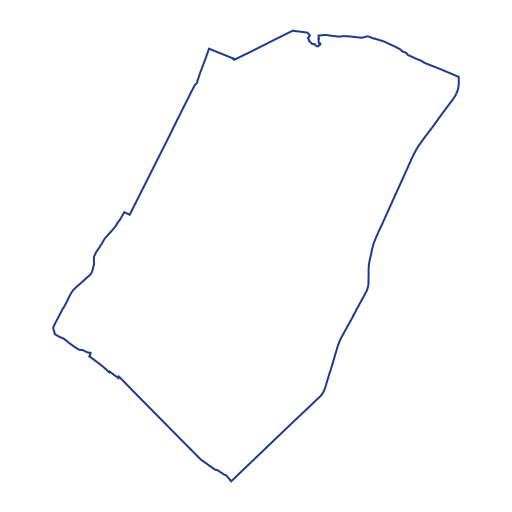 outline of Hillegom, Zuid-Holland, Netherlands
{"feature_id": "6326949B57976108434899", "entity_name": "Hillegom", "entity_type": "district", "adm_level": 2, "iso_a3": "NLD", "parent_name": "Netherlands", "parent_adm1": "Zuid-Holland", "projection": "mercator", "projection_center": [4.578, 52.295], "detail": "fine", "context": "isolated", "style": "outline", "palette": "blue", "viewbox_px": 512, "rotation_deg": 0, "n_neighbors": 0, "source": "geoboundaries", "source_scale": "gbopen_adm2", "svg_char_len": 5641}
<svg xmlns="http://www.w3.org/2000/svg" viewBox="0 0 512 512"><path d="M178.4,117.7L177.7,118.9L169.3,136.0L129.7,214.7L124.3,212.2L119.7,220.1L118.7,221.3L117.8,222.6L117.4,223.1L116.8,224.3L116.7,224.2L115.7,226.1L115.4,226.5L115.1,226.9L114.7,227.3L113.4,228.9L111.4,231.2L108.5,234.3L105.4,237.8L104.8,238.5L104.3,239.2L103.4,240.8L101.9,243.5L100.1,246.2L99.9,246.8L99.3,247.6L97.0,250.9L96.6,251.5L96.0,252.4L95.7,253.0L95.0,254.6L94.7,255.2L94.4,255.6L94.2,256.3L94.0,257.1L93.9,258.0L93.8,258.5L93.8,258.8L93.9,259.2L93.9,261.3L93.9,262.0L94.1,262.7L94.1,263.5L94.0,264.3L93.9,265.0L93.6,265.8L93.2,267.1L92.9,268.3L92.7,269.5L92.4,270.7L92.3,270.9L92.0,271.7L91.8,272.4L91.4,273.1L90.9,273.9L89.8,275.0L89.1,275.9L88.0,276.7L86.8,277.6L86.1,278.3L85.5,278.9L82.3,281.9L79.5,284.3L78.6,284.9L77.9,285.6L74.0,289.3L72.8,290.6L71.7,292.3L70.0,295.1L69.0,297.1L67.3,300.7L66.5,302.3L64.0,307.0L63.6,307.6L63.3,308.0L62.5,309.2L61.3,311.6L60.6,312.9L58.9,316.1L57.3,319.2L56.2,321.2L54.9,323.8L53.4,327.1L53.2,327.6L53.2,327.9L53.2,328.1L53.2,328.4L53.6,329.6L54.0,330.8L54.2,331.9L54.5,332.1L54.7,334.1L57.3,335.6L58.4,336.3L59.5,336.9L61.9,337.9L62.5,338.1L63.5,338.6L65.0,339.6L65.4,339.9L69.1,343.0L73.0,345.8L75.0,347.2L76.0,347.8L78.4,349.4L79.0,349.7L79.4,349.8L79.5,349.8L80.4,349.9L81.9,350.0L82.5,350.1L83.6,350.5L83.8,350.5L84.9,351.2L85.8,351.6L86.4,351.9L87.5,352.3L88.5,352.6L89.1,352.7L89.6,352.8L89.9,352.8L90.4,352.7L90.6,352.8L90.2,354.8L90.0,355.3L89.3,356.3L91.2,357.7L94.6,360.2L95.9,361.2L98.0,362.8L99.3,363.7L101.1,365.2L103.2,366.8L104.5,367.9L104.5,368.1L106.3,369.6L106.7,370.0L107.8,371.1L109.3,372.4L109.7,371.6L110.9,372.5L118.4,378.1L118.9,376.6L120.5,378.2L124.6,382.3L135.0,393.0L158.1,416.4L165.8,424.2L181.0,439.6L198.3,457.0L200.3,459.0L201.0,459.6L201.5,460.1L202.5,460.8L203.7,461.6L209.4,465.7L214.8,469.5L215.5,469.8L215.9,469.9L216.2,470.0L217.3,470.1L217.5,470.2L217.8,470.4L218.1,470.5L218.4,470.8L219.6,471.6L224.2,474.6L225.4,475.0L225.9,475.2L226.1,475.3L226.5,475.7L227.0,476.3L227.4,476.8L227.9,477.4L228.4,477.9L231.2,481.3L259.9,453.8L297.3,418.0L298.1,417.3L298.5,416.9L301.1,414.5L301.5,414.0L302.2,413.4L303.8,412.0L304.6,411.2L306.4,409.5L306.7,409.3L307.2,408.8L307.8,408.2L308.7,407.4L309.6,406.5L310.5,405.6L311.5,404.7L314.1,402.1L314.8,401.4L315.5,400.8L316.4,399.9L316.9,399.5L317.5,398.9L318.0,398.4L319.0,397.6L319.7,396.9L320.0,396.7L320.3,396.3L320.9,395.6L321.1,395.3L321.3,395.0L321.6,394.7L321.8,394.4L322.1,394.0L322.5,393.4L322.8,393.0L322.9,392.8L323.8,391.1L324.1,390.5L324.2,390.2L324.3,390.0L325.0,388.3L325.2,387.9L325.3,387.5L325.5,386.7L325.7,386.0L326.2,384.3L326.7,382.4L327.0,381.6L327.5,379.8L328.1,378.0L328.3,377.2L328.7,375.9L329.1,374.7L329.2,374.2L329.4,373.6L329.5,373.2L329.7,372.7L330.3,371.0L330.7,370.0L330.9,369.2L331.1,368.5L331.4,367.7L331.7,366.5L332.0,365.4L332.4,364.2L332.8,362.9L333.0,362.2L333.1,361.7L333.5,360.4L333.8,359.6L334.1,358.6L334.5,357.1L335.6,353.2L335.9,352.4L336.1,351.8L336.2,351.2L336.5,350.4L336.7,349.6L337.0,348.5L337.3,347.7L337.5,346.9L338.2,344.9L338.8,343.2L338.9,342.9L340.7,338.7L344.7,331.4L351.4,319.4L351.6,319.0L352.3,317.8L352.7,317.0L353.1,316.2L353.8,315.0L353.6,314.9L354.1,314.1L355.4,311.8L356.4,309.7L358.4,306.2L359.0,305.0L360.1,302.9L360.6,302.1L364.4,295.1L365.3,293.4L366.4,291.4L366.9,290.4L367.4,289.0L367.5,288.5L367.8,287.3L368.0,286.8L368.1,286.2L368.2,285.4L368.4,284.5L368.4,284.0L368.5,283.5L368.5,283.1L368.5,281.5L368.5,279.5L368.6,275.4L368.6,273.5L368.6,273.3L368.6,270.6L368.6,269.2L368.6,268.7L368.7,268.1L368.8,266.5L368.9,265.2L368.9,264.8L369.1,263.6L369.3,262.2L369.5,261.2L370.2,258.1L371.3,253.5L371.6,251.4L373.4,244.0L375.7,238.3L378.6,231.6L380.5,227.5L380.6,227.4L380.9,226.7L381.4,225.8L393.0,200.0L398.6,187.7L407.9,167.2L408.9,164.7L409.7,163.1L410.4,161.6L410.6,161.1L410.9,160.5L411.8,158.4L413.3,155.3L414.0,154.0L414.7,152.5L415.2,151.7L415.7,150.7L416.4,149.3L417.4,147.9L418.1,146.5L418.6,145.8L419.3,144.8L420.1,143.8L420.3,143.5L420.8,142.8L421.5,141.7L422.1,140.9L422.2,140.7L427.8,133.2L430.9,129.2L433.9,125.2L439.0,118.0L449.5,103.8L452.1,100.4L455.4,95.6L456.6,92.9L457.9,89.6L458.4,87.1L458.7,84.4L458.8,81.4L458.7,76.9L440.6,69.2L427.3,64.0L423.5,62.3L422.9,61.8L421.4,60.9L419.8,60.2L415.0,58.3L411.9,56.7L411.3,56.5L410.8,56.3L408.7,55.4L408.3,55.2L407.8,54.9L407.4,54.6L407.2,54.2L407.0,53.8L406.6,53.2L405.6,52.6L402.0,51.2L401.6,50.9L401.4,50.6L400.9,49.8L398.1,48.2L396.6,47.4L395.0,46.6L393.5,45.9L390.4,44.5L388.8,43.8L387.3,43.1L384.5,41.7L382.5,41.0L381.6,40.7L378.9,39.9L375.6,38.9L374.0,38.4L373.9,38.6L373.4,38.4L371.9,37.9L371.2,37.7L370.4,37.3L370.0,36.9L368.1,36.5L367.2,36.4L366.4,36.5L363.3,37.5L361.6,37.7L357.4,37.3L351.2,36.6L348.6,36.3L345.7,36.2L343.2,36.2L339.2,36.6L335.7,36.3L334.1,36.1L325.3,34.9L318.5,35.6L318.9,38.8L318.4,38.9L318.9,43.4L319.2,43.5L319.8,43.6L320.2,43.5L320.4,44.4L320.3,44.5L320.2,44.6L320.0,44.8L319.9,44.9L319.8,45.0L319.0,45.6L318.4,46.0L318.2,46.1L317.9,46.3L317.7,46.3L317.4,46.3L317.2,46.3L316.9,46.3L316.8,46.2L316.7,46.2L316.4,46.0L314.5,44.3L314.5,44.1L312.2,44.0L309.2,41.0L309.4,40.8L307.9,37.9L309.9,35.5L307.4,32.6L301.1,31.8L292.7,30.7L270.0,42.0L250.8,51.7L234.1,59.8L233.6,59.3L232.6,58.5L232.9,58.3L232.0,58.0L230.8,57.5L225.6,55.4L214.6,51.0L209.0,48.7L208.4,50.4L207.3,53.6L206.2,56.7L205.0,60.1L204.1,62.4L202.3,67.1L201.7,68.8L200.7,71.3L200.0,73.2L199.7,74.0L199.4,75.1L199.3,75.4L199.0,76.5L198.4,78.1L196.6,83.5L195.0,84.9L193.1,88.4L191.2,92.0L189.2,96.1L187.3,99.8L185.7,102.9L184.0,106.3L182.1,110.1L179.7,115.0L178.4,117.7Z" fill="none" stroke="#1e3a8a" stroke-width="2"/></svg>